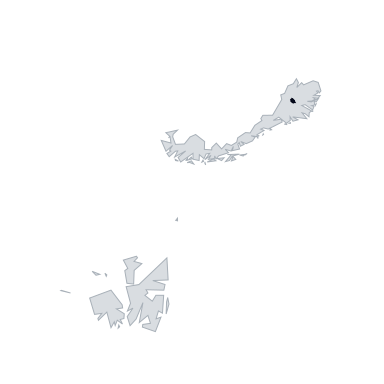 Gausdal nor, Oppland, Norway (highlighted), rotated 210°
{"feature_id": "86288312B33934459205841", "entity_name": "Gausdal nor", "entity_type": "district", "adm_level": 2, "iso_a3": "NOR", "parent_name": "Norway", "parent_adm1": "Oppland", "projection": "mercator", "projection_center": [10.036, 61.264], "detail": "fine", "context": "in_parent", "style": "filled", "palette": "ink", "viewbox_px": 384, "rotation_deg": 210, "n_neighbors": 0, "source": "geoboundaries", "source_scale": "gbopen_adm2", "svg_char_len": 4471}
<svg xmlns="http://www.w3.org/2000/svg" viewBox="0 0 384 384"><g transform="rotate(210 192 192)"><path d="M202.6,235.1L196.0,238.3L197.1,240.4L195.4,246.5L187.9,244.1L186.2,251.2L181.2,252.0L178.2,257.5L179.5,261.8L175.4,270.2L171.2,272.2L170.9,281.2L167.2,288.8L169.1,290.0L169.0,293.8L160.6,298.8L160.5,317.0L163.7,320.5L161.1,323.7L162.0,331.9L158.4,336.4L158.2,342.3L154.6,340.0L153.5,334.9L151.7,341.5L148.9,340.6L142.7,348.9L137.5,350.0L130.9,344.0L131.3,341.5L133.5,342.7L134.6,341.6L132.5,340.8L134.8,336.7L129.2,339.6L129.9,336.0L134.0,334.4L131.8,334.0L133.7,330.7L137.5,328.2L133.7,329.7L129.2,336.0L129.5,332.0L131.6,331.7L129.2,328.8L131.5,326.6L129.1,327.1L128.6,323.4L137.7,324.2L140.2,321.8L129.0,322.0L130.1,319.3L128.3,315.6L133.1,316.4L136.3,315.6L129.2,312.9L142.4,307.4L136.3,307.5L140.0,303.8L144.7,306.2L142.7,303.1L144.5,298.8L154.3,300.2L157.4,294.7L151.1,299.7L148.9,297.7L157.5,284.6L162.1,283.3L163.9,280.8L160.4,281.4L164.4,274.1L163.3,272.5L168.9,270.3L164.8,271.1L165.2,266.5L169.2,261.0L175.0,260.1L170.7,259.3L173.0,255.8L175.8,258.4L176.3,256.4L172.3,253.0L177.7,248.0L179.0,252.2L178.6,247.0L184.6,245.6L180.0,244.3L187.0,236.6L187.7,232.6L190.4,234.6L189.3,232.4L194.1,228.4L193.9,233.2L197.0,226.5L196.0,234.3L198.8,232.0L198.3,226.9L204.3,228.0L201.6,222.8L207.5,220.9L210.5,226.0L216.8,212.3L221.3,215.0L218.0,224.4L224.5,213.6L224.9,220.4L226.7,219.1L229.4,211.2L233.0,212.8L230.8,216.8L232.4,217.0L232.1,222.6L234.9,214.3L244.4,221.3L234.7,223.9L238.8,229.1L244.3,230.3L235.5,238.3L237.2,232.6L236.3,230.1L230.1,225.0L222.6,229.8L221.2,238.7L217.6,243.6L206.3,242.0L202.6,235.1ZM178.8,45.3L185.8,51.7L185.1,61.9L188.4,56.6L189.6,64.9L201.7,77.1L191.7,85.3L180.8,122.4L168.7,103.9L181.7,95.7L169.1,98.4L167.3,92.9L182.9,84.4L179.7,82.5L181.1,78.9L171.8,77.6L171.6,84.5L164.9,88.4L157.0,72.3L161.6,72.2L159.7,64.2L156.3,68.1L153.9,52.8L167.4,50.2L168.4,52.7L162.3,57.5L168.5,63.1L172.4,52.6L179.2,71.7L176.9,54.0L178.8,45.3ZM194.3,34.0L205.7,45.4L208.9,34.1L210.3,35.5L209.4,41.8L215.2,37.3L227.6,49.0L213.1,66.5L196.1,59.4L194.1,56.9L199.0,53.0L189.8,52.7L187.7,48.4L190.4,45.7L186.2,42.9L192.6,43.6L191.8,38.0L194.4,40.7L194.3,34.0ZM202.7,80.4L210.9,90.3L209.4,93.7L217.4,98.7L208.0,108.6L206.3,107.8L207.5,102.9L199.6,104.9L202.9,95.2L196.5,83.1L202.7,80.4ZM176.6,244.0L180.1,242.1L169.9,248.5L175.0,243.3L175.3,238.0L178.2,235.1L176.6,244.0ZM182.1,234.0L186.9,233.6L181.3,237.7L182.1,234.0ZM186.9,231.0L193.8,225.6L190.1,231.3L186.9,231.0ZM153.4,73.4L159.0,84.0L160.3,88.5L155.9,83.4L153.4,73.4ZM173.4,238.6L174.2,243.3L170.4,242.1L173.4,238.6ZM210.9,215.0L208.1,218.7L204.4,217.1L208.7,216.4L210.9,215.0ZM211.3,217.7L210.1,221.9L208.5,220.8L211.3,217.7ZM165.6,248.8L169.3,247.8L165.3,250.8L165.6,248.8ZM256.0,41.5L246.7,43.8L256.3,41.0L256.0,41.5ZM233.5,71.9L238.8,73.4L230.7,74.6L233.5,71.9ZM219.2,212.0L222.0,211.0L222.9,211.9L219.2,212.0ZM213.2,216.5L212.6,218.9L211.9,216.9L213.2,216.5ZM198.4,222.8L198.4,225.1L197.3,224.3L198.4,222.8ZM191.9,159.3L191.5,162.1L190.1,159.8L191.9,159.3ZM226.8,78.1L224.3,77.6L224.1,76.1L226.8,78.1ZM155.4,284.6L156.1,286.1L154.2,285.7L155.4,284.6ZM193.7,222.3L195.1,223.2L195.9,224.5L193.7,222.3ZM187.9,37.2L188.9,40.2L187.3,39.1L187.9,37.2ZM145.5,297.7L143.2,297.9L145.6,297.1L145.5,297.7ZM142.3,300.1L141.5,301.3L141.1,300.6L142.3,300.1ZM164.7,251.3L163.5,252.9L164.8,250.2L164.7,251.3ZM128.8,329.3L128.6,331.1L128.4,328.8L128.8,329.3ZM162.4,272.8L161.9,271.6L162.6,271.6L162.4,272.8ZM239.4,227.1L239.1,228.8L239.0,228.5L239.4,227.1ZM163.0,274.0L161.7,274.3L163.3,273.7L163.0,274.0ZM159.2,276.8L159.4,278.0L158.8,277.6L159.2,276.8ZM128.2,321.9L127.7,323.0L127.8,322.1L128.2,321.9Z" fill="#d9dde1" stroke="#a8b0b8" stroke-width="1"/><path d="M150.6,320.1L150.4,320.0L150.2,319.9L149.9,319.9L149.9,320.0L149.7,320.0L149.1,319.9L148.9,319.9L148.8,320.0L148.6,320.4L148.3,320.7L148.1,320.9L148.0,321.0L147.8,321.1L148.0,321.2L148.5,321.5L148.9,321.9L149.2,322.3L149.6,322.3L150.0,322.4L150.0,322.2L150.7,322.4L150.7,322.5L150.8,322.5L150.7,322.5L150.8,322.5L150.7,322.5L150.8,322.7L151.1,322.7L151.4,322.6L151.5,322.7L151.6,322.8L151.7,322.7L151.8,322.7L151.9,322.4L151.8,322.2L152.0,322.0L152.0,321.9L152.1,322.0L152.1,321.9L152.3,321.8L152.4,321.7L152.5,321.6L152.5,321.4L152.4,321.4L152.2,321.3L152.0,321.2L151.9,321.2L151.8,320.9L151.8,320.7L151.7,320.5L151.7,320.3L151.5,320.2L151.1,320.1L150.8,320.3L150.7,320.2L150.6,320.1Z" fill="#0f172a" stroke="#020617" stroke-width="1.5"/></g></svg>